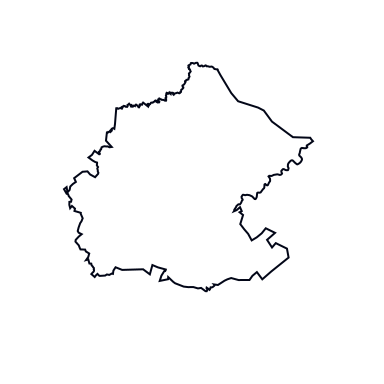 Mopani, Limpopo, South Africa (Robinson projection), rotated 327°
{"feature_id": "47623444B84816538378710", "entity_name": "Mopani", "entity_type": "district", "adm_level": 2, "iso_a3": "ZAF", "parent_name": "South Africa", "parent_adm1": "Limpopo", "projection": "robinson", "projection_center": [30.66, -23.827], "detail": "fine", "context": "isolated", "style": "outline", "palette": "ink", "viewbox_px": 384, "rotation_deg": 327, "n_neighbors": 0, "source": "geoboundaries", "source_scale": "gbopen_adm2", "svg_char_len": 5860}
<svg xmlns="http://www.w3.org/2000/svg" viewBox="0 0 384 384"><g transform="rotate(327 192 192)"><path d="M128.1,259.3L133.5,266.8L137.0,269.7L141.3,272.4L144.5,276.1L147.4,277.4L149.3,282.5L150.3,283.2L151.6,282.4L151.8,282.0L151.8,280.6L152.2,280.2L153.0,282.1L153.3,283.3L153.4,283.6L154.2,283.3L155.7,282.1L156.3,282.6L157.4,283.0L159.5,282.8L160.0,282.6L160.2,282.2L160.1,281.5L163.1,284.1L171.0,284.1L174.1,284.5L178.0,285.5L183.1,291.2L192.3,297.1L197.0,295.2L202.8,294.5L203.4,303.5L215.4,301.8L237.3,299.6L240.8,291.2L234.4,280.5L228.9,282.1L228.9,273.0L239.4,271.5L234.1,262.6L228.0,264.6L221.6,265.3L215.7,265.1L216.3,257.7L215.5,251.8L215.0,245.2L222.3,239.1L220.9,234.9L223.3,235.1L224.0,230.9L219.6,231.5L216.7,231.0L217.1,230.8L217.8,229.9L220.6,228.7L221.6,228.0L224.0,227.6L224.4,227.7L225.1,228.3L225.7,228.4L227.3,227.8L229.3,226.4L230.2,226.2L230.4,225.8L230.4,224.1L231.0,222.9L232.6,222.2L233.2,222.1L233.7,222.4L234.8,223.6L236.6,224.3L238.5,226.0L239.8,228.1L240.1,228.6L240.7,232.0L241.4,232.5L242.2,232.3L243.6,231.4L246.0,228.5L246.3,228.3L247.0,228.4L248.5,229.5L249.4,229.7L253.1,228.3L254.4,228.1L255.1,227.6L256.9,225.2L257.4,225.1L257.8,225.2L258.2,226.7L258.6,227.3L258.9,227.5L259.4,227.5L262.0,225.9L263.1,225.6L263.5,225.3L264.1,224.4L264.7,223.2L264.7,220.6L265.6,220.5L267.5,221.9L269.9,222.2L272.9,223.5L273.5,223.9L274.9,225.5L275.9,225.9L277.0,225.8L277.6,225.5L277.9,223.8L278.4,223.0L280.0,222.5L280.9,222.4L281.6,223.0L282.4,224.5L283.3,225.3L284.3,225.9L284.7,225.8L286.0,224.6L286.2,222.9L287.6,221.0L289.1,220.2L291.6,219.6L292.5,219.6L293.3,220.0L293.7,220.6L294.4,223.9L295.1,225.9L295.6,226.3L297.9,226.4L300.0,225.9L301.7,224.9L302.2,224.3L302.4,223.3L302.4,222.3L301.9,220.2L301.9,219.7L302.1,219.2L302.4,218.8L303.6,218.0L304.3,217.2L306.6,215.0L307.4,214.8L308.2,214.9L308.8,215.5L309.3,215.8L309.7,216.3L310.5,216.7L311.0,217.1L312.0,217.4L313.0,217.3L313.2,217.0L313.1,216.2L313.6,215.5L317.1,215.6L321.1,215.3L320.7,212.8L320.7,210.9L306.5,201.0L297.4,176.5L296.6,162.8L293.4,157.2L280.1,141.0L278.8,130.4L279.5,109.6L279.9,104.0L280.2,103.6L280.2,103.0L279.6,102.7L277.8,101.0L277.7,99.3L277.1,97.9L276.8,97.5L275.0,96.6L273.6,95.0L272.9,94.7L272.5,93.3L272.0,93.1L271.2,93.2L269.7,92.7L269.4,92.5L269.3,91.5L268.7,91.0L267.3,91.0L266.8,90.4L266.3,89.4L266.9,87.0L266.8,86.5L265.6,85.8L263.6,85.5L263.0,84.4L262.0,83.6L261.2,83.3L260.2,84.2L258.1,83.9L257.8,84.0L257.6,84.3L257.7,85.3L257.6,85.5L256.7,85.7L256.7,86.5L256.4,87.3L256.6,87.6L256.9,87.6L257.0,88.1L256.6,89.4L256.6,90.1L255.4,90.7L254.0,90.9L253.6,91.8L253.0,92.5L252.8,93.8L251.6,94.6L251.1,94.6L250.3,95.6L249.0,95.3L248.4,94.9L247.3,95.5L246.7,95.2L246.4,95.4L246.2,96.4L244.4,97.3L243.7,97.5L242.0,97.5L241.5,98.6L241.8,99.3L241.5,99.9L240.0,100.4L238.7,100.4L237.3,102.0L236.8,101.7L236.2,102.3L235.3,102.4L234.9,102.1L233.9,100.7L232.7,100.5L231.3,100.0L229.6,100.5L229.4,99.8L230.1,98.6L230.0,98.4L229.4,97.9L228.7,97.6L228.0,97.8L227.5,98.3L227.3,97.6L227.7,96.9L227.3,96.8L227.2,96.2L226.2,96.8L225.6,96.7L225.1,96.4L225.4,95.7L224.8,95.0L224.1,95.4L223.4,96.4L222.7,96.8L222.5,97.8L222.0,98.2L221.8,98.8L220.9,98.8L220.7,99.1L220.6,99.6L220.8,100.1L220.3,101.0L219.9,101.2L219.7,100.8L219.1,100.7L218.3,99.3L216.7,98.1L216.6,97.5L216.0,97.0L215.7,96.0L215.5,95.7L214.5,96.1L214.1,96.0L214.0,96.3L213.4,96.6L213.9,98.3L213.3,98.9L211.9,98.2L211.3,97.0L211.7,96.6L211.8,96.1L211.3,95.4L210.6,95.3L209.5,95.7L208.5,95.5L207.7,95.7L206.8,95.0L206.2,94.8L204.7,95.5L204.2,95.3L203.8,95.5L203.9,95.0L203.5,94.4L203.2,94.1L202.3,94.1L202.0,94.4L202.1,95.8L201.7,96.3L199.7,90.4L198.9,90.7L198.6,90.7L197.7,91.6L196.8,91.0L196.5,90.3L195.8,90.1L195.5,90.3L195.6,90.9L195.1,91.4L194.7,91.7L194.0,91.7L193.7,92.1L193.3,91.8L193.4,91.0L193.1,89.4L192.8,88.9L192.9,88.5L192.6,88.2L191.6,88.6L191.3,88.5L191.0,88.8L190.5,87.9L189.8,87.7L189.4,88.2L188.8,88.2L187.4,87.2L187.4,86.9L187.9,86.3L188.3,86.4L188.6,85.9L187.3,84.8L187.3,83.7L185.7,84.0L185.4,83.9L184.9,84.8L184.4,84.8L184.2,85.2L184.0,85.3L182.8,84.4L182.5,83.3L182.1,83.0L181.9,83.0L181.7,82.7L181.2,82.9L180.7,82.6L180.3,82.6L180.2,83.0L179.3,83.2L179.2,83.6L178.6,83.9L178.3,83.2L178.5,82.6L177.6,82.7L176.9,82.3L175.4,82.0L175.1,81.7L174.9,80.9L174.1,80.5L164.4,93.1L161.3,96.7L160.8,95.7L160.5,95.4L159.8,95.5L159.3,95.3L159.2,95.6L158.4,95.7L158.3,96.7L158.0,96.9L157.5,96.8L157.1,97.1L156.7,96.9L156.5,97.0L156.5,96.1L155.0,96.5L154.4,96.0L154.1,96.3L153.3,96.4L153.4,96.2L153.0,95.8L147.8,102.1L149.2,110.5L147.1,109.5L146.2,107.9L145.0,107.2L143.4,105.9L141.7,105.4L140.5,105.3L139.0,106.7L138.5,106.5L138.0,106.8L137.3,107.5L135.9,107.6L135.5,109.8L135.2,110.0L134.7,109.8L132.7,104.4L128.3,106.4L124.0,106.7L125.8,111.5L127.2,114.2L128.4,115.6L127.7,116.7L126.8,117.6L126.7,118.5L126.8,119.9L125.5,120.6L125.3,120.8L124.9,122.3L124.1,123.6L124.0,124.8L123.2,125.6L118.8,126.8L116.1,121.8L115.6,117.8L111.2,115.4L100.7,116.2L100.1,120.3L96.5,120.4L92.9,121.1L90.5,123.6L87.4,124.5L89.5,119.6L86.2,119.9L85.9,125.2L86.9,126.3L86.4,128.3L86.9,132.7L85.3,134.3L83.8,133.5L82.1,136.0L81.0,139.2L83.7,138.3L84.8,142.2L83.1,143.9L87.4,148.9L86.8,149.7L86.0,154.5L83.3,156.4L81.3,157.2L77.6,160.0L74.9,162.5L74.8,164.4L76.5,167.3L72.8,167.7L68.4,168.8L67.2,170.2L68.0,175.1L67.4,177.7L67.2,179.4L71.0,182.1L70.6,184.0L72.3,187.6L69.6,190.0L66.1,191.4L68.3,192.1L67.0,196.1L68.5,197.2L67.9,198.9L68.2,200.5L68.1,201.1L68.3,202.4L67.4,203.5L67.4,204.0L66.8,204.8L65.6,205.4L65.0,205.4L62.9,206.0L64.1,210.3L66.0,209.6L68.1,209.2L68.5,211.4L68.9,212.1L73.7,214.8L75.7,214.8L77.5,216.5L80.3,216.7L81.1,217.6L83.3,215.1L86.9,213.5L91.0,219.3L108.9,230.2L111.8,238.1L119.0,231.7L122.4,236.7L127.5,242.4L127.2,242.5L127.5,243.1L126.6,243.6L126.2,243.0L120.8,245.5L116.5,249.0L124.4,252.1L125.7,250.4L127.3,257.1L128.1,259.3Z" fill="none" stroke="#020617" stroke-width="2"/></g></svg>